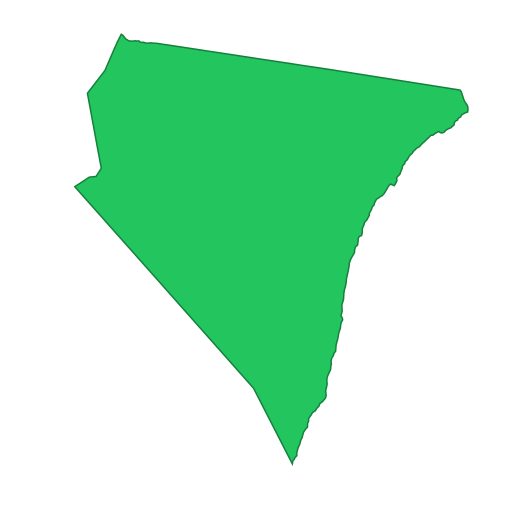 Currais, Piauí, Brazil (Equal Earth projection), rotated 188°
{"feature_id": "56859067B97651801569527", "entity_name": "Currais", "entity_type": "district", "adm_level": 2, "iso_a3": "BRA", "parent_name": "Brazil", "parent_adm1": "Piauí", "projection": "equal_earth", "projection_center": [-44.85, -8.733], "detail": "fine", "context": "isolated", "style": "filled", "palette": "green", "viewbox_px": 512, "rotation_deg": 188, "n_neighbors": 0, "source": "geoboundaries", "source_scale": "gbopen_adm2", "svg_char_len": 2473}
<svg xmlns="http://www.w3.org/2000/svg" viewBox="0 0 512 512"><g transform="rotate(188 256 256)"><path d="M66.5,428.0L66.4,430.2L66.9,433.0L68.2,435.2L70.3,437.3L71.9,439.7L74.1,444.2L75.5,447.1L77.0,448.7L205.9,450.9L238.1,451.2L244.1,451.3L284.1,451.7L384.7,452.8L386.7,452.5L389.3,452.5L394.0,451.5L397.1,452.0L399.0,451.6L400.6,451.8L401.9,452.7L403.8,452.3L405.8,452.3L408.0,451.6L411.7,451.3L415.0,452.7L417.1,454.6L418.5,456.0L420.3,456.8L423.1,448.6L425.7,439.5L431.4,418.7L445.6,393.7L427.5,339.4L421.4,321.4L425.5,312.5L432.0,310.9L445.1,299.4L348.7,217.4L342.4,212.0L240.0,124.7L191.1,55.2L190.9,58.7L189.8,60.0L189.3,62.0L187.8,63.8L188.2,66.7L187.9,70.0L187.4,72.8L186.5,75.5L186.2,78.3L185.8,80.6L185.0,82.5L184.8,84.9L184.4,88.0L183.7,89.7L182.8,91.6L181.2,93.6L181.6,97.4L180.9,100.0L181.3,102.3L180.4,104.1L179.5,105.7L178.3,108.8L175.7,111.0L174.5,113.8L172.8,116.0L172.2,118.8L169.9,121.0L168.4,123.4L167.4,125.1L167.1,127.5L168.3,132.4L168.0,134.8L167.7,139.0L168.4,141.9L168.7,144.9L168.4,147.0L167.7,149.4L167.1,151.4L166.3,154.1L166.5,156.3L166.4,160.1L167.0,162.0L166.8,165.3L165.5,168.4L165.2,170.5L163.9,172.8L164.3,179.4L163.8,182.9L163.5,185.6L163.3,191.3L162.4,196.2L162.5,198.6L162.5,200.5L162.2,202.3L161.3,204.8L161.9,206.7L163.8,209.0L163.2,210.8L163.0,213.8L163.9,217.5L164.1,220.3L163.6,222.9L163.3,225.5L163.8,231.4L163.7,235.2L163.2,238.2L163.0,243.0L163.3,245.3L163.0,249.2L162.6,254.6L162.5,256.7L162.4,258.8L162.6,262.1L161.7,266.1L160.1,270.2L159.0,272.9L159.1,276.9L158.6,279.2L157.0,280.8L156.9,283.9L157.2,287.5L156.4,289.9L154.3,290.9L154.0,293.9L154.4,296.6L154.4,298.6L153.5,301.6L153.1,304.6L151.3,307.0L150.5,309.2L149.5,311.9L149.6,314.5L148.7,316.5L148.1,318.3L147.7,320.8L146.3,322.7L145.9,325.3L145.2,327.3L144.5,329.1L142.6,330.6L140.8,332.4L139.5,333.2L137.7,335.8L136.5,338.7L135.6,340.8L134.6,343.6L132.9,345.9L131.1,345.5L128.9,344.9L127.6,347.9L126.9,350.5L127.7,352.9L126.5,354.9L124.9,356.9L124.3,360.1L123.6,362.4L123.3,366.0L121.7,367.9L121.3,370.4L119.6,372.3L118.3,375.9L117.0,377.8L115.7,379.3L114.4,382.1L113.1,383.4L112.0,385.2L109.7,386.6L107.1,390.4L104.8,393.1L103.2,395.2L100.8,398.1L99.7,399.8L97.6,400.3L96.0,401.9L94.1,403.5L92.3,404.8L90.7,403.8L89.1,403.7L87.1,404.6L85.7,406.7L84.0,408.2L82.7,409.1L80.9,410.0L79.6,411.7L78.2,413.2L77.9,416.5L76.8,417.7L75.4,418.5L74.8,420.6L72.8,422.1L72.1,424.2L70.6,425.5L68.2,427.2L66.5,428.0Z" fill="#22c55e" stroke="#15803d" stroke-width="1.5"/></g></svg>